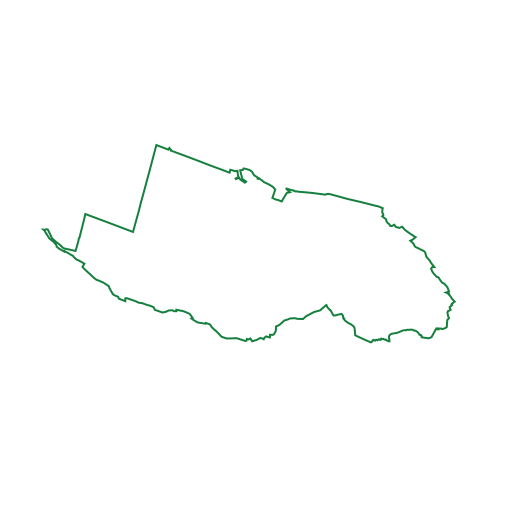 Sunākstes pag., Jaunjelgavas, Latvia (Equal Earth projection), rotated 26°
{"feature_id": "27541924B12084410086310", "entity_name": "Sunākstes pag.", "entity_type": "district", "adm_level": 2, "iso_a3": "LVA", "parent_name": "Latvia", "parent_adm1": "Jaunjelgavas", "projection": "equal_earth", "projection_center": [25.491, 56.46], "detail": "fine", "context": "isolated", "style": "outline", "palette": "green", "viewbox_px": 512, "rotation_deg": 26, "n_neighbors": 0, "source": "geoboundaries", "source_scale": "gbopen_adm2", "svg_char_len": 5954}
<svg xmlns="http://www.w3.org/2000/svg" viewBox="0 0 512 512"><g transform="rotate(26 256 256)"><path d="M449.7,243.0L451.6,242.1L451.2,241.9L450.7,241.6L454.4,240.0L455.4,240.0L456.8,238.9L458.2,237.1L458.6,236.2L456.0,229.8L456.8,227.2L455.6,226.4L454.8,225.6L453.9,224.3L452.9,223.1L452.7,221.4L453.7,220.3L454.5,219.0L452.8,217.7L452.5,216.9L453.7,214.3L453.0,214.1L452.9,213.3L453.5,212.1L453.4,212.1L454.6,209.9L450.9,208.5L447.6,206.5L446.0,206.1L446.0,205.3L442.8,205.5L445.1,203.3L441.6,200.1L439.4,199.2L437.6,198.4L436.4,198.3L434.9,198.4L434.0,197.9L431.9,196.8L429.3,195.2L427.8,195.6L423.4,193.9L421.3,192.7L419.0,190.8L419.3,188.8L419.7,188.4L421.1,187.8L419.4,186.9L419.3,187.0L416.5,185.5L415.9,185.2L414.2,184.0L409.7,182.1L409.2,181.8L407.1,179.3L406.9,178.9L405.8,178.3L405.3,178.1L403.1,177.9L401.3,178.0L398.8,177.9L395.8,178.0L395.2,177.9L394.1,177.5L392.9,176.4L391.7,175.7L388.0,174.6L389.5,172.9L389.8,172.2L391.2,169.1L390.5,169.1L383.1,168.1L378.6,167.3L374.6,165.6L372.4,168.0L368.7,168.5L366.6,167.3L364.9,169.6L363.3,170.1L362.0,169.0L360.5,168.8L358.6,168.1L356.8,166.0L352.0,165.0L352.6,163.7L352.3,163.0L350.4,161.5L349.4,159.3L349.0,157.5L344.0,157.8L339.9,158.8L331.9,160.4L326.8,161.5L320.7,162.9L312.2,164.8L304.1,166.3L294.3,168.2L292.1,169.6L291.4,170.5L278.8,174.7L265.7,179.7L264.5,180.0L263.1,180.7L261.0,180.8L261.0,180.7L259.3,181.2L253.1,182.1L258.6,183.8L257.6,184.6L256.1,185.6L255.5,191.1L255.2,195.7L251.3,196.0L248.8,196.6L245.3,196.6L244.2,187.9L240.8,186.4L235.9,186.0L230.9,186.1L225.0,184.8L224.5,185.6L223.6,185.8L223.4,184.8L220.4,184.4L219.0,184.3L217.3,183.3L215.6,182.0L214.3,181.8L212.8,181.5L207.8,182.3L206.4,182.9L206.5,184.3L204.2,185.9L210.1,193.0L212.8,193.1L214.5,193.5L213.8,195.0L210.5,194.4L208.8,194.4L207.9,193.9L206.7,193.1L204.2,195.6L203.7,195.3L205.7,192.7L204.3,191.2L202.0,187.6L200.6,188.5L199.9,189.0L197.9,189.2L195.1,189.8L195.5,191.3L195.7,192.7L185.7,193.6L176.2,194.6L156.5,196.3L133.2,198.6L133.2,197.9L130.8,196.9L130.6,198.8L117.8,200.0L123.0,226.2L127.2,248.1L128.7,256.0L128.8,256.9L130.8,266.3L134.9,288.3L108.9,290.7L84.2,293.1L85.4,298.2L88.0,310.7L89.3,316.9L89.0,317.6L89.2,318.1L89.6,319.5L90.8,325.9L91.6,330.6L84.6,332.2L81.8,333.0L81.1,333.0L80.4,333.3L79.5,333.3L77.6,332.9L76.2,332.3L75.1,332.0L73.1,331.5L71.5,331.3L70.3,331.0L69.4,330.8L67.4,330.2L65.0,329.6L57.5,323.6L56.1,323.7L55.2,324.6L55.0,324.8L54.1,325.2L53.4,325.5L54.1,325.7L54.8,325.9L56.2,326.9L57.1,327.4L57.4,327.7L58.0,328.0L58.4,328.2L59.0,328.6L59.4,328.9L61.0,329.8L61.2,330.0L62.6,330.8L63.2,331.0L68.1,332.0L71.1,333.4L72.0,333.9L72.8,335.0L75.6,335.7L81.4,336.0L81.5,336.1L81.9,336.1L81.8,335.5L91.8,336.2L92.8,336.9L96.5,337.9L98.2,337.7L105.1,338.1L104.8,341.9L107.7,343.0L120.3,346.8L123.0,347.3L125.8,347.0L130.2,346.8L136.9,347.6L138.4,349.2L138.5,349.3L139.5,349.7L140.1,350.4L143.7,352.8L143.8,352.7L144.9,353.3L147.2,353.3L150.1,353.1L150.3,353.4L151.4,354.5L158.3,353.9L157.1,351.3L158.2,350.6L164.3,349.8L167.6,349.4L171.0,349.4L174.4,348.3L180.0,347.7L182.6,347.1L186.3,346.9L188.8,348.7L196.4,347.8L196.6,347.7L196.7,347.8L199.8,345.4L200.1,344.8L201.5,343.2L203.7,341.9L205.1,341.4L205.7,341.4L206.5,341.6L208.6,340.5L208.0,339.3L213.1,337.9L215.3,337.4L220.2,337.1L221.1,337.1L221.5,337.1L222.1,337.3L222.8,337.6L226.2,339.5L225.4,340.5L228.6,341.0L232.7,341.3L240.3,339.0L240.2,338.2L244.2,337.7L245.3,338.0L246.0,338.4L246.8,339.0L247.0,339.0L247.4,339.4L248.8,339.8L250.6,340.4L251.0,340.4L251.8,340.7L252.5,340.7L253.0,341.1L254.0,341.3L255.3,341.7L257.0,342.4L257.6,342.5L258.4,342.9L259.4,343.3L259.7,343.3L260.5,343.7L265.8,343.0L271.6,340.0L274.5,338.4L283.9,337.0L284.1,336.9L284.6,336.0L284.5,335.6L284.2,334.6L286.0,334.2L287.0,332.6L289.9,334.3L290.3,334.0L290.2,333.9L290.5,333.8L292.9,331.6L293.6,330.8L295.9,327.7L298.9,327.3L299.4,327.4L299.3,326.7L299.4,325.9L299.8,324.9L300.4,323.8L301.3,323.7L304.1,323.2L304.0,322.5L303.1,320.7L305.7,319.5L306.5,318.5L306.6,316.6L306.7,315.6L306.6,315.1L306.4,314.1L304.9,310.5L305.8,309.6L306.7,308.4L307.4,307.3L308.7,304.2L309.4,302.4L310.0,301.3L311.3,300.1L312.5,299.0L314.0,297.2L314.4,296.9L315.2,296.6L317.7,295.1L318.1,294.9L319.7,294.6L321.3,294.1L325.9,292.0L327.4,288.2L332.9,280.7L337.2,277.0L337.8,276.2L337.8,275.9L340.5,269.6L340.8,269.2L342.5,270.7L346.3,272.2L346.6,272.0L351.7,275.5L353.4,274.6L356.5,271.9L358.2,270.6L359.5,271.0L359.8,271.2L360.8,272.0L360.7,272.5L361.9,273.3L362.6,273.7L362.3,274.0L362.7,274.2L364.1,274.9L365.5,275.3L368.8,275.8L370.8,275.7L372.0,275.9L374.7,276.5L375.9,277.3L376.9,278.6L377.2,279.2L378.3,281.0L379.9,283.7L381.0,283.8L390.3,283.6L397.1,283.3L397.7,282.4L397.9,281.3L397.8,281.0L398.0,280.7L397.9,280.5L398.0,280.3L398.6,280.0L398.9,280.0L398.9,279.8L399.4,279.8L399.7,279.9L399.8,279.9L400.4,279.7L400.5,279.3L400.8,278.8L400.8,278.6L402.2,278.4L402.3,278.1L402.3,277.8L402.6,277.4L402.7,277.2L403.2,276.9L403.5,276.8L403.6,277.1L403.8,277.1L404.0,277.0L404.5,276.6L404.8,276.6L404.8,276.4L404.7,276.2L404.8,275.5L405.1,275.5L405.2,275.2L406.2,275.1L406.7,274.9L406.8,274.8L406.9,274.7L407.1,274.8L407.5,274.9L408.3,274.6L408.5,274.7L408.8,274.5L409.0,274.6L409.6,274.2L410.3,274.4L410.6,274.6L411.9,274.5L412.4,274.6L413.3,274.2L412.7,272.8L411.7,271.7L410.9,270.3L410.8,269.7L410.8,268.4L411.0,268.2L411.2,267.7L412.1,266.4L413.7,265.2L414.1,264.9L415.7,263.9L416.6,263.1L418.2,261.4L420.3,258.9L420.9,258.4L422.0,257.6L423.0,257.1L423.4,256.9L423.5,256.9L423.8,256.4L424.3,256.0L426.6,254.9L427.6,254.2L428.4,253.9L429.4,253.6L429.8,253.6L430.0,253.7L430.4,253.8L430.9,253.7L431.3,253.4L432.4,253.3L433.2,253.4L434.3,253.5L435.1,253.7L437.2,254.8L437.4,255.1L437.6,255.1L438.2,254.8L438.6,254.8L438.8,254.7L439.3,254.9L439.4,255.1L439.9,255.2L440.3,255.6L440.3,256.1L440.4,256.4L441.6,256.1L444.8,255.1L447.2,254.3L448.5,253.0L449.3,252.0L449.4,250.4L449.5,248.7L449.7,244.6L449.7,243.0Z" fill="none" stroke="#15803d" stroke-width="2"/></g></svg>